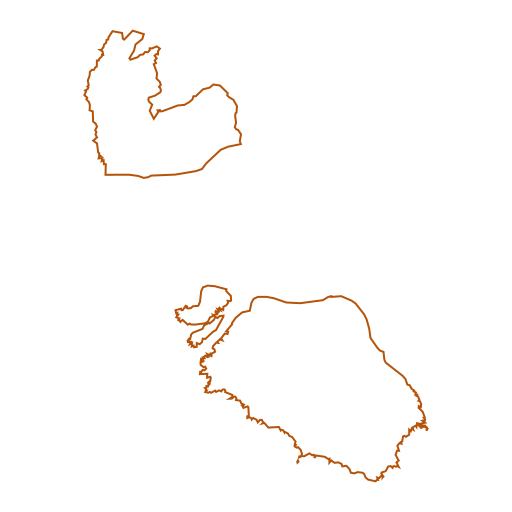 the district of Klungkung, Bali, Indonesia
{"feature_id": "22746128B73073409478343", "entity_name": "Klungkung", "entity_type": "district", "adm_level": 2, "iso_a3": "IDN", "parent_name": "Indonesia", "parent_adm1": "Bali", "projection": "mercator", "projection_center": [115.486, -8.64], "detail": "fine", "context": "isolated", "style": "outline", "palette": "amber", "viewbox_px": 512, "rotation_deg": 0, "n_neighbors": 0, "source": "geoboundaries", "source_scale": "gbopen_adm2", "svg_char_len": 6003}
<svg xmlns="http://www.w3.org/2000/svg" viewBox="0 0 512 512"><path d="M331.2,296.9L331.2,296.2L328.3,296.9L322.8,300.2L300.2,303.2L286.3,302.5L273.8,298.2L266.8,296.9L257.9,296.9L253.6,298.9L251.4,302.9L249.8,310.7L242.1,312.4L235.8,317.7L232.0,323.0L232.2,324.1L226.3,331.2L228.1,331.7L227.5,334.0L224.8,333.5L221.1,338.3L222.3,340.3L219.7,339.4L217.5,341.7L218.2,342.9L216.3,342.6L213.2,345.9L212.6,348.3L214.5,349.4L215.0,351.8L211.3,353.8L209.7,353.2L211.6,355.1L211.4,356.1L207.2,354.0L208.5,356.8L207.4,357.2L205.4,355.6L203.8,356.9L204.4,358.0L202.7,357.7L203.3,360.0L201.1,358.9L200.8,360.9L202.3,361.8L200.5,362.4L200.7,365.0L203.8,367.3L205.2,366.7L206.2,368.7L204.4,370.3L202.6,369.9L201.2,372.0L200.2,371.8L199.9,374.1L207.3,373.8L207.0,377.7L210.3,376.8L210.8,378.1L210.0,381.0L207.4,383.2L209.8,382.2L209.1,383.8L210.3,384.5L208.4,384.2L208.1,386.4L206.5,386.1L206.5,387.1L205.0,387.9L206.1,388.5L205.7,390.5L206.6,390.5L205.4,392.1L208.5,392.7L209.9,391.9L211.1,392.8L215.2,390.6L216.1,391.9L219.1,390.4L221.3,391.4L222.4,389.7L224.0,389.3L225.2,390.2L225.2,392.1L232.3,394.9L232.2,397.1L229.6,398.7L231.8,398.6L234.2,396.5L235.3,396.7L236.4,398.3L236.0,400.1L240.1,400.6L241.3,403.4L243.2,404.3L242.4,405.0L243.6,405.2L242.6,406.3L243.4,407.9L247.6,406.4L248.4,407.2L248.8,415.9L247.3,416.3L247.3,418.0L249.3,417.2L251.4,418.3L251.7,419.5L253.2,418.0L256.5,419.7L257.8,422.4L260.0,419.9L261.8,419.9L263.3,422.6L262.5,423.4L264.3,422.9L268.4,427.6L278.9,427.0L280.7,430.5L281.4,429.8L283.0,430.2L284.6,432.7L285.0,432.0L288.0,433.5L289.3,435.9L292.2,437.1L295.6,441.7L294.6,444.7L295.8,445.0L294.8,446.5L296.8,447.7L298.1,447.2L300.6,449.8L302.0,453.7L301.1,456.0L304.1,456.3L309.4,453.4L312.3,455.3L313.5,454.7L314.7,455.4L314.4,458.0L316.1,455.5L324.8,456.8L328.4,459.1L329.4,458.7L329.4,462.6L331.2,460.4L334.5,462.8L338.3,462.4L341.5,463.9L342.3,466.4L346.4,465.8L349.6,469.2L350.8,472.7L354.3,473.4L357.7,472.1L362.3,472.7L364.0,473.7L365.6,477.5L368.1,479.6L375.6,481.3L376.9,479.8L378.0,479.9L377.2,477.5L379.1,478.1L381.6,475.4L382.8,475.7L380.9,472.8L381.6,473.3L381.6,472.5L385.6,471.2L388.2,466.5L390.7,466.1L392.5,467.8L392.8,466.6L394.5,466.1L395.8,466.7L397.1,466.0L398.7,466.9L396.5,462.4L398.7,460.6L395.6,454.9L397.0,450.7L399.0,450.8L397.4,445.8L399.4,443.1L401.4,443.7L400.9,442.0L402.2,441.5L403.0,436.5L404.4,435.8L405.9,436.8L409.2,434.7L409.2,429.7L410.8,431.2L411.6,428.8L413.3,429.8L412.4,427.5L415.7,425.7L416.5,426.9L417.0,423.2L419.8,423.8L425.1,422.7L422.4,420.7L425.0,420.3L425.2,419.3L423.7,417.7L424.7,417.2L422.7,411.8L418.6,407.8L418.8,406.1L420.8,407.1L421.2,403.9L419.7,400.9L418.5,400.8L419.3,399.5L418.1,396.5L416.5,395.9L417.1,394.7L415.3,394.6L416.0,392.6L413.7,391.4L414.2,390.6L411.5,388.7L409.7,385.2L407.3,384.6L405.5,379.1L402.6,375.8L385.8,362.7L384.4,359.9L383.5,351.9L380.0,350.6L377.6,348.1L370.5,338.0L369.2,328.7L366.7,319.6L364.0,314.2L355.5,303.4L351.5,300.6L341.2,296.2L331.2,296.9ZM89.9,105.3L89.6,110.3L92.8,111.4L93.1,121.5L95.8,123.8L97.0,126.6L95.2,130.2L96.4,132.1L95.5,134.5L97.0,137.4L93.2,140.6L97.0,143.4L98.2,152.5L99.3,153.3L99.1,155.0L100.5,156.0L99.2,156.1L98.6,158.4L102.4,158.1L101.7,161.1L103.6,160.2L103.9,164.2L105.8,164.2L105.5,174.8L128.8,174.7L138.1,175.9L143.7,177.9L148.1,177.2L151.2,175.6L175.3,174.6L196.0,171.1L202.0,169.0L206.1,163.5L220.7,149.8L228.1,146.7L240.8,144.1L239.8,141.1L241.0,134.3L238.0,129.8L236.4,129.4L234.8,127.3L236.1,122.6L235.1,116.0L235.6,113.2L236.5,112.6L237.0,106.1L233.4,99.8L228.9,97.1L227.2,95.3L227.8,93.2L219.9,85.5L213.4,84.5L209.5,87.7L203.0,89.3L195.8,96.2L193.4,96.3L192.5,99.3L189.3,102.1L184.4,104.9L177.6,105.5L162.4,111.2L160.3,111.4L159.9,110.1L157.6,110.4L158.4,111.8L153.8,118.8L149.7,110.7L152.2,104.7L148.8,101.4L148.3,99.2L148.9,97.6L154.9,95.7L160.3,92.3L160.9,90.7L160.4,88.3L159.0,86.8L160.8,84.9L159.8,81.9L156.5,78.5L157.1,73.3L153.8,64.2L156.0,63.0L154.7,60.4L156.7,58.4L154.6,55.6L156.3,54.1L158.0,54.4L158.0,51.2L159.9,48.6L156.7,46.4L152.0,48.4L149.7,48.3L149.7,50.3L147.9,52.2L144.9,52.1L143.2,54.4L140.1,54.9L137.7,57.2L130.4,59.7L129.4,58.3L134.0,50.7L135.5,44.5L142.3,39.0L143.8,34.1L132.7,30.7L124.2,39.6L122.9,38.7L122.1,33.0L112.5,31.2L108.5,37.4L108.2,39.5L106.6,39.9L106.1,42.8L104.1,44.5L103.5,47.0L101.6,49.8L100.2,49.9L102.6,51.5L103.2,54.9L101.9,54.7L101.8,56.4L99.0,59.1L98.7,60.5L96.9,60.5L96.8,66.6L95.7,67.0L93.8,69.9L91.9,69.8L89.9,71.9L89.6,75.7L87.8,80.6L88.7,85.3L87.4,86.5L88.4,87.5L87.6,89.1L85.1,90.5L86.0,91.4L84.4,95.2L87.2,97.6L86.4,99.2L89.1,102.3L89.9,105.3ZM207.7,285.6L202.9,287.4L201.2,291.3L200.0,301.8L198.3,305.8L192.8,306.3L191.1,308.0L188.1,308.5L186.7,308.0L187.1,306.5L185.7,305.8L182.7,310.1L181.5,310.2L181.0,308.7L175.5,310.2L176.2,313.3L177.3,312.9L177.1,314.7L178.2,314.7L176.3,317.3L179.3,318.4L177.8,320.7L179.3,319.9L180.4,321.9L182.6,319.9L187.8,324.7L189.6,323.6L191.0,324.5L195.8,324.5L204.7,323.4L207.8,321.8L210.0,317.4L213.4,315.8L213.1,315.1L214.1,315.7L214.7,314.6L217.2,314.3L217.5,313.6L215.4,311.9L215.8,311.1L217.2,312.4L218.8,311.7L217.5,309.2L220.0,310.2L218.7,308.5L219.4,307.8L220.0,309.0L220.3,308.5L223.2,309.9L223.4,306.7L226.4,305.3L228.1,302.8L227.6,300.8L230.5,301.1L231.1,300.4L230.8,295.8L226.2,291.1L226.5,289.3L214.7,286.2L207.7,285.6ZM223.5,315.7L219.7,316.1L217.4,318.1L215.4,316.8L213.9,319.9L209.7,323.4L209.1,322.9L204.2,325.3L202.5,328.9L192.7,332.8L191.2,334.5L190.1,339.3L188.9,340.0L188.7,339.3L187.7,340.6L187.9,342.1L190.8,341.9L189.9,344.2L192.1,342.9L191.7,346.5L193.6,345.6L194.1,347.3L196.7,346.8L196.8,343.1L199.7,344.2L201.9,342.3L202.8,338.6L205.3,339.0L213.2,331.6L216.0,330.1L223.3,316.8L223.5,315.7ZM418.2,424.7L421.0,427.9L425.9,425.7L419.2,425.2L418.2,424.7ZM426.5,427.1L425.7,427.3L426.9,427.8L426.4,430.7L427.6,428.9L426.5,427.1ZM297.5,462.6L298.5,461.6L297.9,460.4L297.3,461.6L297.5,462.6ZM299.1,457.4L300.6,456.7L300.6,456.4L299.3,456.4L299.1,457.4ZM382.6,477.4L383.0,476.9L382.7,476.2L382.6,477.4Z" fill="none" stroke="#b45309" stroke-width="2"/></svg>